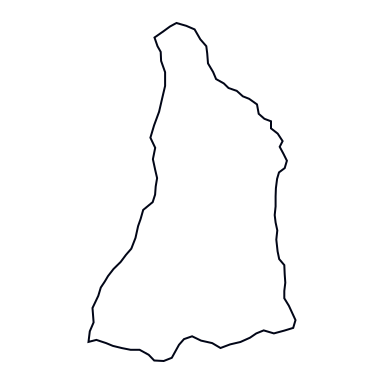 Santo Expedito, São Paulo, Brazil (orthographic projection)
{"feature_id": "56859067B72387481715012", "entity_name": "Santo Expedito", "entity_type": "district", "adm_level": 2, "iso_a3": "BRA", "parent_name": "Brazil", "parent_adm1": "São Paulo", "projection": "orthographic", "projection_center": [-51.369, -21.812], "detail": "fine", "context": "isolated", "style": "outline", "palette": "ink", "viewbox_px": 384, "rotation_deg": 0, "n_neighbors": 0, "source": "geoboundaries", "source_scale": "gbopen_adm2", "svg_char_len": 1358}
<svg xmlns="http://www.w3.org/2000/svg" viewBox="0 0 384 384"><path d="M293.2,327.9L295.5,320.1L291.9,312.3L288.9,305.8L284.3,298.3L284.3,290.9L285.3,282.7L284.7,274.3L284.3,265.1L279.2,259.1L277.6,251.4L276.3,239.6L277.3,230.4L275.6,222.5L274.7,215.1L275.6,206.4L275.6,196.4L275.9,188.2L277.1,178.8L279.0,172.4L284.7,168.1L286.9,160.7L283.5,153.9L279.7,146.8L282.6,141.1L277.7,133.6L271.0,128.4L271.0,121.3L264.4,118.8L258.7,113.8L257.0,104.4L249.1,98.8L242.8,96.3L236.8,90.9L228.5,88.0L223.8,83.4L216.1,79.1L213.1,72.0L208.0,63.4L207.2,53.3L206.3,46.2L200.3,39.3L194.6,29.4L186.2,25.8L176.4,23.0L170.0,26.5L163.7,31.1L154.5,37.5L157.5,46.2L160.7,51.9L161.1,60.9L165.1,72.2L165.1,85.9L162.0,99.1L159.1,111.7L154.1,125.3L150.4,137.7L155.2,147.8L152.9,159.2L155.2,169.9L157.1,178.1L155.7,186.5L155.1,194.6L152.7,202.1L143.2,209.9L140.6,219.0L138.1,226.1L135.5,237.9L131.3,248.7L126.0,254.8L120.7,261.9L113.5,269.0L108.0,276.1L104.8,281.5L100.8,287.5L98.3,295.8L92.5,308.0L93.6,322.4L89.8,331.3L88.5,341.9L96.4,339.9L106.1,343.1L112.9,345.9L122.0,348.1L130.6,349.8L139.6,349.8L148.7,354.8L154.2,360.5L163.7,361.0L171.8,357.8L175.4,351.3L179.0,344.8L184.0,339.1L192.1,336.3L201.0,340.6L212.2,343.1L220.5,348.0L230.1,344.4L240.4,342.0L250.0,337.7L256.3,333.4L263.7,330.4L273.9,333.4L284.3,330.6L293.2,327.9Z" fill="none" stroke="#020617" stroke-width="2"/></svg>